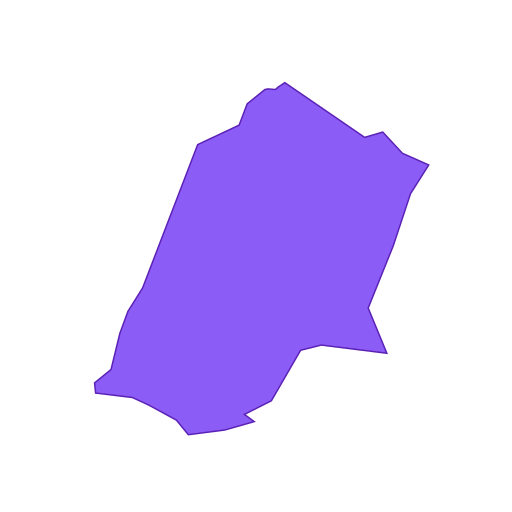 outline of Santa Ana Tavela, Oaxaca, Mexico, rotated 255°
{"feature_id": "50627088B65889438571597", "entity_name": "Santa Ana Tavela", "entity_type": "district", "adm_level": 2, "iso_a3": "MEX", "parent_name": "Mexico", "parent_adm1": "Oaxaca", "projection": "albers", "projection_center": [-95.889, 16.606], "detail": "fine", "context": "isolated", "style": "filled", "palette": "violet", "viewbox_px": 512, "rotation_deg": 255, "n_neighbors": 0, "source": "geoboundaries", "source_scale": "gbopen_adm2", "svg_char_len": 597}
<svg xmlns="http://www.w3.org/2000/svg" viewBox="0 0 512 512"><g transform="rotate(255 256 256)"><path d="M299.2,446.4L317.3,424.0L342.9,410.5L342.5,391.6L416.0,328.7L413.5,321.3L411.8,317.8L414.3,310.8L414.5,307.7L405.3,286.9L386.8,273.6L378.7,228.5L254.5,138.2L235.6,117.9L225.5,110.8L216.4,104.4L183.9,86.6L175.2,67.2L165.1,65.6L151.3,100.0L139.4,114.2L118.1,136.6L100.9,144.4L96.0,181.0L96.1,186.4L96.5,211.4L101.9,207.1L106.0,203.8L112.2,233.4L153.4,274.7L153.1,295.9L128.2,357.2L176.7,350.9L230.3,391.2L276.2,421.4L299.2,446.4Z" fill="#8b5cf6" stroke="#5b21b6" stroke-width="1.5"/></g></svg>